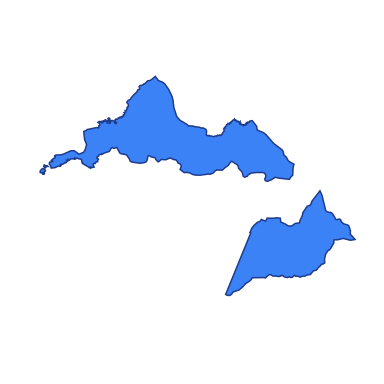 outline of Konawe, Sulawesi Tenggara, Indonesia, rotated 158°
{"feature_id": "22746128B78249855862414", "entity_name": "Konawe", "entity_type": "district", "adm_level": 2, "iso_a3": "IDN", "parent_name": "Indonesia", "parent_adm1": "Sulawesi Tenggara", "projection": "mercator", "projection_center": [122.048, -3.513], "detail": "fine", "context": "isolated", "style": "filled", "palette": "blue", "viewbox_px": 384, "rotation_deg": 158, "n_neighbors": 0, "source": "geoboundaries", "source_scale": "gbopen_adm2", "svg_char_len": 6066}
<svg xmlns="http://www.w3.org/2000/svg" viewBox="0 0 384 384"><g transform="rotate(158 192 192)"><path d="M182.7,312.9L187.9,311.3L189.7,311.1L191.4,311.7L195.3,310.0L196.0,310.3L197.3,309.7L198.3,309.7L200.2,310.2L201.6,309.5L201.6,307.7L202.1,307.0L204.2,306.9L205.5,305.5L209.9,303.8L213.0,302.2L214.2,301.1L216.7,300.8L218.7,299.9L218.8,298.8L218.2,297.3L219.0,295.2L220.5,294.8L220.3,293.9L221.3,293.5L221.8,292.7L222.3,292.7L223.3,291.4L223.5,291.7L223.5,291.0L225.2,291.1L224.9,290.3L225.2,289.5L225.7,289.2L226.5,289.5L226.6,288.7L227.5,289.1L226.9,288.6L227.1,288.1L229.2,288.4L229.2,288.0L228.6,287.8L229.5,287.3L230.0,288.0L230.6,287.9L231.0,288.4L231.9,288.0L232.5,288.3L232.7,287.7L234.0,287.4L235.3,288.2L236.1,287.9L236.7,287.2L236.8,286.0L236.2,285.3L236.0,284.5L236.6,283.9L237.4,284.1L237.7,284.9L237.4,285.9L238.0,286.2L238.0,287.1L239.2,288.2L240.6,288.4L242.0,286.5L242.8,286.6L241.4,288.2L240.8,290.6L240.8,291.2L241.5,291.9L242.3,291.7L241.9,290.7L243.3,289.9L242.7,289.3L242.8,288.9L243.7,288.6L244.4,287.6L244.8,287.8L244.7,288.7L243.9,289.0L245.0,289.9L244.9,291.4L245.5,291.5L246.3,290.3L247.4,291.2L248.0,291.2L248.0,290.3L248.6,290.4L248.8,289.7L249.3,289.6L250.2,290.3L249.8,291.5L251.1,291.7L251.4,292.1L252.9,292.0L253.3,291.7L252.4,290.9L252.1,289.3L252.3,288.6L253.8,288.3L253.8,287.0L254.6,286.4L256.3,287.5L265.9,289.2L267.0,288.7L269.7,288.7L272.0,280.6L271.9,275.5L275.2,271.3L277.6,269.4L282.6,269.4L285.7,274.4L288.9,275.6L297.0,275.3L299.8,275.6L304.1,277.2L305.5,277.2L306.0,276.6L305.6,275.8L306.2,275.1L307.4,275.1L310.3,274.1L309.6,273.6L309.9,272.4L312.5,273.0L313.3,272.5L313.9,271.1L313.1,269.2L313.7,267.3L313.5,266.9L309.9,265.9L305.7,266.1L304.9,265.3L304.0,266.2L303.8,265.5L303.4,265.7L302.8,266.8L301.8,266.2L300.3,266.3L299.8,266.7L298.3,266.4L298.3,267.6L298.0,266.6L297.4,266.6L295.9,267.2L296.2,268.1L295.9,267.9L295.4,268.4L295.4,268.1L294.7,268.4L294.8,267.5L293.6,267.4L293.0,268.0L292.2,268.1L289.5,267.2L288.7,266.3L287.9,266.3L288.5,267.3L287.8,267.5L287.3,266.7L286.1,266.6L284.2,264.9L282.6,264.0L282.4,262.8L282.8,261.6L282.4,260.4L282.9,260.3L282.8,259.4L277.0,251.9L276.5,252.5L277.6,253.0L276.9,253.3L275.2,252.0L273.4,251.8L273.4,254.9L272.1,255.2L271.0,254.6L269.5,255.8L268.0,255.5L267.5,256.9L266.4,257.5L267.5,259.3L267.0,260.0L265.0,260.2L264.5,261.2L261.7,261.2L261.6,260.6L258.8,261.0L253.4,260.6L250.8,262.7L249.3,263.1L248.2,261.8L245.0,261.4L244.4,255.3L243.5,254.1L239.2,251.3L238.7,250.6L237.7,246.0L237.7,243.6L236.3,242.1L229.4,238.1L225.2,237.1L223.4,237.1L222.1,238.0L220.8,239.5L220.3,240.7L219.2,241.8L218.3,241.9L216.1,239.3L213.5,237.8L213.4,235.7L212.2,232.7L210.6,232.8L208.4,233.7L204.2,231.7L199.5,231.8L196.5,228.6L195.1,228.1L194.3,226.4L194.1,224.0L192.9,223.0L192.1,221.3L192.6,219.4L194.6,217.3L191.9,212.8L189.8,212.3L188.2,211.3L186.7,210.3L185.0,208.2L182.7,206.5L178.0,204.5L170.1,202.5L168.2,201.6L165.4,201.6L162.3,203.0L160.8,203.1L155.7,200.9L152.6,202.1L148.3,203.1L146.0,204.8L143.7,205.6L139.9,200.4L139.5,198.5L140.0,196.6L138.1,191.9L138.6,187.5L137.7,186.0L134.7,185.9L133.5,186.8L130.4,187.4L125.4,186.1L119.4,183.7L117.9,182.6L117.3,181.0L117.4,179.5L118.2,178.2L119.7,176.8L119.8,175.1L118.1,173.6L113.6,173.6L109.4,174.5L105.7,172.0L96.9,167.2L95.4,168.5L92.4,169.8L88.8,177.3L87.0,179.6L90.4,183.7L91.1,185.0L91.5,189.2L92.9,191.7L92.3,196.0L92.8,197.6L98.1,206.4L102.0,217.7L103.4,220.1L108.2,224.9L108.2,226.6L107.4,228.5L109.4,235.6L111.8,236.1L112.0,235.6L113.0,235.3L113.8,235.9L114.2,235.3L115.4,235.9L115.3,234.8L116.0,235.0L116.3,234.7L116.3,235.1L116.9,235.1L117.6,234.7L117.3,234.3L117.6,234.0L118.8,234.3L118.7,234.9L119.3,235.2L119.8,234.6L120.1,235.8L121.4,236.1L121.5,236.6L122.4,237.2L122.3,237.7L121.1,237.8L121.5,238.4L121.2,239.0L122.2,238.5L122.3,240.0L122.9,240.4L123.8,240.4L123.8,241.1L124.4,241.2L124.3,241.9L124.8,242.0L124.6,242.6L125.1,243.1L125.5,243.0L125.4,243.7L126.5,243.2L127.7,243.2L128.1,242.6L129.5,242.4L129.4,241.9L130.4,241.3L130.7,242.0L131.6,241.8L131.9,241.2L133.0,242.1L133.5,241.3L134.7,241.5L135.5,240.5L137.1,239.8L137.2,239.0L138.0,239.4L139.0,238.6L139.0,237.2L139.9,236.1L141.9,235.1L143.1,233.7L144.4,233.7L144.7,234.5L146.4,234.3L147.1,235.2L148.6,234.6L149.7,235.4L151.1,235.0L153.0,236.6L154.7,237.5L155.0,238.0L155.3,237.7L156.0,238.1L157.4,239.5L155.6,243.1L155.6,244.8L157.0,246.6L158.4,247.6L159.1,247.6L161.2,249.5L164.8,251.4L165.9,252.5L169.3,254.2L170.3,254.3L171.3,256.5L176.3,263.1L177.9,267.8L177.2,276.9L175.2,284.5L174.7,287.8L175.1,295.4L176.9,302.8L178.4,305.1L181.4,307.9L182.7,312.9ZM72.9,145.2L84.0,138.7L87.0,135.6L90.6,135.6L96.8,131.4L98.8,128.5L101.9,125.8L104.1,123.1L108.1,124.2L112.4,123.1L115.5,124.5L117.5,127.4L121.0,131.0L119.9,134.6L123.0,136.3L126.7,137.3L132.1,139.6L134.6,137.5L136.2,138.7L137.9,140.6L140.1,139.3L143.0,139.3L147.2,137.7L150.3,135.9L153.5,132.6L153.0,131.9L199.2,84.4L197.9,82.9L195.7,81.9L193.6,82.4L191.3,83.9L185.0,83.5L180.1,85.2L176.7,87.0L171.9,87.8L169.8,88.7L168.3,89.9L158.5,86.2L156.0,84.8L152.9,86.1L151.3,86.4L149.8,85.7L148.5,83.8L145.6,82.6L143.1,81.0L141.7,81.2L141.3,80.8L140.5,81.2L140.0,80.7L139.1,80.6L138.2,78.7L135.6,76.9L133.4,77.0L132.9,76.0L131.2,75.4L128.1,76.3L127.4,75.0L125.9,74.6L123.7,72.6L120.5,72.4L119.0,71.7L116.4,72.0L113.2,71.1L109.1,73.4L106.0,73.0L105.2,73.3L103.6,74.4L100.1,75.7L99.2,76.6L97.5,76.1L95.5,76.5L94.2,80.3L91.3,84.4L87.9,86.7L86.2,86.8L84.8,87.6L79.5,91.7L78.7,93.9L78.1,94.4L74.7,93.1L69.2,92.3L63.2,87.9L58.6,86.9L61.0,93.7L59.6,96.8L59.3,102.0L60.4,103.4L63.3,105.7L64.7,108.6L64.6,110.9L65.4,111.6L68.6,112.4L69.2,113.2L69.1,115.1L70.0,119.6L71.0,121.0L74.0,122.8L75.0,124.7L72.7,140.2L72.9,145.2ZM322.8,265.9L320.5,266.1L319.7,267.0L321.3,269.5L322.0,269.8L324.3,268.8L325.4,267.6L325.4,266.8L325.0,266.5L322.8,265.9ZM319.9,271.3L319.3,269.2L317.1,270.2L316.0,269.7L316.6,270.8L318.1,271.1L318.8,270.8L318.5,272.2L318.9,272.5L319.9,271.3ZM323.6,265.6L323.9,265.0L323.7,264.4L322.6,263.9L321.8,264.4L321.9,265.5L323.6,265.6Z" fill="#3b82f6" stroke="#1e3a8a" stroke-width="1.5"/></g></svg>